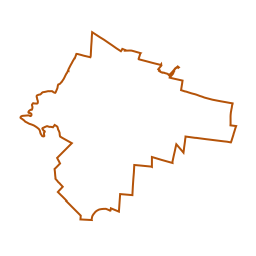 the district of Focsani, Vrancea, Romania, rotated 93°
{"feature_id": "2599482B48178817196706", "entity_name": "Focsani", "entity_type": "district", "adm_level": 2, "iso_a3": "ROU", "parent_name": "Romania", "parent_adm1": "Vrancea", "projection": "mercator", "projection_center": [27.2, 45.699], "detail": "fine", "context": "isolated", "style": "outline", "palette": "amber", "viewbox_px": 256, "rotation_deg": 93, "n_neighbors": 0, "source": "geoboundaries", "source_scale": "gbopen_adm2", "svg_char_len": 5763}
<svg xmlns="http://www.w3.org/2000/svg" viewBox="0 0 256 256"><g transform="rotate(93 128 128)"><path d="M123.8,235.4L124.1,235.0L124.4,234.3L124.9,233.6L125.5,232.7L126.2,231.8L126.7,231.3L127.0,231.0L127.2,230.6L127.6,229.6L128.2,228.4L128.7,227.3L129.0,226.7L129.2,225.8L129.6,224.4L130.0,223.2L130.4,222.1L131.5,220.1L132.5,218.5L132.8,218.2L133.1,217.7L133.4,217.3L134.0,216.7L135.2,215.9L135.6,215.8L136.3,215.6L137.5,215.2L137.9,215.1L138.1,214.9L138.5,214.8L138.8,214.5L140.1,213.6L140.6,213.2L140.7,212.8L140.8,212.3L140.8,212.0L140.8,211.7L140.7,211.5L140.5,211.3L140.4,211.2L140.2,211.2L138.9,211.5L138.0,211.6L137.3,211.7L137.0,211.5L136.6,211.3L136.1,210.9L135.4,211.2L135.2,211.5L135.1,212.0L134.9,212.4L134.6,212.5L134.2,212.7L134.0,212.9L133.8,213.1L133.6,213.3L133.3,213.4L133.0,213.5L132.6,213.3L132.5,213.1L132.3,212.8L132.1,212.5L132.0,212.3L131.9,212.0L131.8,211.7L131.4,211.2L131.2,210.7L131.0,210.3L130.6,209.5L130.5,209.2L130.4,208.8L130.5,208.4L130.7,207.7L130.8,207.3L130.9,207.0L131.0,206.5L130.9,205.9L130.9,205.2L130.9,204.9L131.0,204.4L131.0,204.1L131.2,203.0L130.3,202.4L129.8,202.0L128.8,201.4L129.3,200.5L129.9,199.3L130.3,198.9L130.5,198.6L131.0,198.4L131.7,198.1L132.6,197.9L133.4,197.6L134.3,197.0L135.4,196.5L136.3,196.1L138.5,195.8L139.7,195.5L140.1,195.3L140.2,195.0L140.5,194.6L141.4,192.9L146.1,183.3L161.6,197.2L163.5,196.1L164.1,195.7L164.7,195.3L165.1,195.1L166.0,194.6L167.0,194.0L171.0,197.5L172.8,199.2L173.1,199.1L173.8,199.0L175.5,198.7L179.2,198.2L181.1,197.9L181.3,197.8L182.5,197.8L184.3,196.0L185.4,195.1L185.7,194.8L186.5,193.8L187.0,193.2L187.8,192.5L188.4,191.8L189.0,191.2L190.1,190.1L191.9,191.6L193.5,193.0L194.1,193.5L195.1,194.3L195.6,194.7L199.1,190.8L199.4,190.4L201.4,188.2L202.4,187.1L203.8,185.6L204.2,185.9L218.0,170.6L221.8,170.7L221.8,165.3L221.8,159.4L221.5,159.5L221.0,159.5L220.2,159.4L219.4,159.3L218.7,159.2L217.6,158.9L216.1,158.1L214.9,157.2L214.0,156.6L213.1,155.8L212.6,155.2L212.0,154.4L211.0,152.7L210.8,152.1L210.4,150.5L210.2,149.2L210.1,148.4L210.0,148.0L210.0,147.5L210.0,147.0L209.9,146.5L209.9,146.2L209.9,145.8L210.1,145.1L210.3,144.6L211.0,142.6L211.2,142.3L211.5,141.6L211.5,141.4L211.4,141.2L210.2,141.0L209.1,140.9L211.2,134.9L212.0,132.7L194.4,132.4L194.6,126.2L194.8,120.1L185.7,120.1L178.7,120.0L175.4,119.9L172.1,119.8L166.0,119.8L164.6,119.8L164.8,114.5L165.3,103.5L165.4,102.6L165.6,102.1L155.7,102.6L158.1,92.8L160.6,81.7L159.8,81.8L159.2,81.8L156.0,81.3L153.5,80.9L149.0,80.1L145.2,79.5L142.2,79.0L141.7,78.9L142.2,78.4L148.1,72.8L149.7,71.3L147.1,71.1L144.1,70.9L140.7,70.6L138.3,70.4L136.1,70.3L134.7,70.1L133.5,70.1L134.3,60.6L134.3,59.3L134.6,55.5L135.1,49.1L135.2,47.4L135.9,37.7L136.3,31.9L136.5,28.4L137.0,24.5L136.8,24.4L135.8,24.1L129.3,22.4L128.2,22.2L125.6,21.5L122.7,20.8L120.4,20.1L120.0,25.8L119.6,25.8L118.2,25.8L111.0,26.2L109.5,26.2L107.3,26.1L103.9,25.7L103.3,25.6L101.9,25.4L100.5,25.3L100.1,25.2L99.6,25.2L98.8,24.9L98.3,24.8L97.9,24.8L97.6,27.8L97.1,31.6L96.5,36.5L96.0,40.2L95.3,45.2L94.4,49.5L93.6,53.3L93.0,55.1L92.6,56.5L92.3,57.8L91.9,59.0L91.2,61.2L90.7,63.2L90.4,64.8L90.0,66.7L89.7,67.8L89.3,69.4L88.9,70.8L88.5,72.4L88.5,73.0L87.4,77.0L80.0,76.2L79.8,76.2L77.8,76.0L76.0,86.6L75.5,89.0L75.2,88.9L74.5,88.4L73.7,87.6L71.6,86.0L70.6,85.6L70.4,86.1L69.5,85.3L68.8,84.9L68.4,85.3L67.2,84.5L66.2,83.8L65.6,83.1L65.1,82.6L64.7,82.0L64.6,81.9L64.4,81.8L65.3,81.0L64.8,80.4L64.0,81.5L64.3,81.9L66.1,84.1L67.5,85.0L70.2,87.1L71.4,88.2L72.4,89.2L73.2,89.8L72.0,91.0L71.8,91.5L71.6,92.3L71.0,95.1L70.9,95.1L70.7,96.7L70.9,96.8L70.3,98.4L69.9,98.7L69.8,99.3L69.4,99.9L68.7,99.5L68.4,100.2L67.8,100.9L63.8,97.9L63.2,98.1L62.6,98.2L62.9,98.4L63.1,98.7L63.2,98.9L63.1,99.8L62.8,101.1L62.5,102.8L61.7,106.9L60.4,113.0L58.8,120.8L58.6,121.0L58.3,121.0L52.7,119.5L52.6,119.4L51.1,125.8L50.5,128.6L50.6,131.0L50.7,132.2L50.9,134.7L50.4,134.4L50.2,134.9L50.2,135.1L50.1,135.4L50.0,135.8L49.7,136.5L49.3,137.8L50.3,138.2L50.8,138.5L51.7,139.1L49.0,143.8L47.8,145.7L46.1,148.4L44.6,150.9L41.1,156.6L39.2,160.1L39.0,160.5L34.2,168.8L38.7,168.9L43.6,168.9L48.4,169.0L52.6,169.0L57.0,169.0L58.0,169.0L58.4,169.1L58.7,169.1L59.3,169.3L58.1,176.0L57.5,178.6L56.8,182.0L56.7,182.8L56.7,183.4L61.2,184.8L61.2,185.1L63.5,186.3L65.1,187.1L65.9,187.4L66.6,187.8L68.9,188.9L72.5,190.5L73.1,190.6L73.9,190.4L74.0,190.4L73.9,190.6L74.0,190.7L74.0,191.0L74.4,191.1L76.5,192.0L76.7,192.3L77.4,192.6L78.5,193.1L79.6,193.6L80.2,193.8L81.5,194.4L82.6,194.9L84.5,196.1L85.1,196.3L85.5,196.7L86.0,197.2L86.9,197.8L87.4,198.3L87.9,199.1L88.1,199.8L88.9,200.2L90.3,200.4L91.4,200.5L92.2,200.7L93.3,201.1L96.3,202.2L96.7,202.6L96.4,203.7L96.1,204.4L95.9,204.7L95.3,205.4L95.2,206.0L95.3,207.3L95.4,208.3L95.4,209.3L95.4,209.7L95.8,211.1L96.2,212.5L96.5,213.8L96.7,214.8L96.8,215.0L97.2,215.6L97.4,215.9L97.7,216.0L98.1,216.3L98.8,217.0L99.1,217.4L99.2,217.6L99.2,218.1L99.5,219.1L100.1,220.3L100.2,220.5L100.4,220.7L100.9,220.9L101.3,220.9L102.2,220.7L102.5,220.5L103.1,220.4L103.3,220.3L104.0,220.2L104.6,219.9L105.4,219.6L105.7,219.5L106.3,219.4L106.8,219.4L107.3,219.4L107.8,219.5L108.1,219.7L108.3,220.0L108.4,220.3L108.4,221.0L108.4,221.6L108.4,222.3L108.4,223.0L108.3,223.5L108.2,224.0L108.5,224.2L109.1,224.7L109.8,225.1L110.2,225.1L110.9,224.9L111.5,224.6L111.8,224.6L112.4,224.5L112.8,224.5L113.6,224.6L114.6,224.9L114.8,225.0L114.9,225.3L114.9,225.8L114.9,226.2L115.2,226.6L115.6,227.1L116.1,227.7L116.5,227.9L117.0,228.2L117.4,228.3L117.7,228.2L118.0,228.0L118.1,227.7L118.3,226.2L118.6,225.7L119.1,225.2L119.7,225.1L120.2,225.1L120.7,225.3L121.1,225.8L121.2,226.2L121.0,226.7L120.9,226.9L120.7,227.3L120.6,227.8L120.7,228.9L121.4,234.0L121.8,235.0L122.2,235.5L122.7,235.8L123.0,235.9L123.5,235.8L123.8,235.4Z" fill="none" stroke="#b45309" stroke-width="2"/></g></svg>